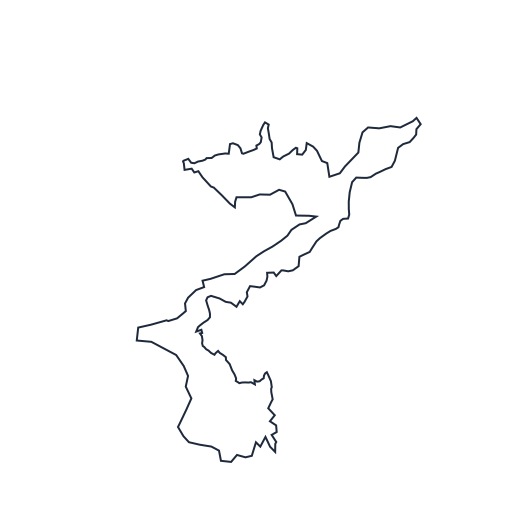 Choli, Paphos, Cyprus (Mercator projection), rotated 298°
{"feature_id": "46923920B7711307897542", "entity_name": "Choli", "entity_type": "district", "adm_level": 2, "iso_a3": "CYP", "parent_name": "Cyprus", "parent_adm1": "Paphos", "projection": "mercator", "projection_center": [32.456, 34.982], "detail": "fine", "context": "isolated", "style": "outline", "palette": "slate", "viewbox_px": 512, "rotation_deg": 298, "n_neighbors": 0, "source": "geoboundaries", "source_scale": "gbopen_adm2", "svg_char_len": 3361}
<svg xmlns="http://www.w3.org/2000/svg" viewBox="0 0 512 512"><g transform="rotate(298 256 256)"><path d="M305.4,147.1L303.9,148.8L298.5,152.5L302.9,158.2L300.8,162.3L303.8,165.3L300.3,171.9L298.6,176.8L296.2,183.5L296.6,186.6L293.5,197.5L290.0,208.3L289.0,214.5L294.1,212.1L298.7,211.2L305.6,224.2L312.1,230.4L316.7,239.6L325.3,245.3L326.6,251.5L318.8,263.9L310.5,272.3L316.4,283.9L319.1,290.7L308.3,284.5L304.3,279.6L295.7,275.0L288.7,274.2L281.2,271.0L272.0,266.1L264.2,261.0L255.9,256.4L241.4,251.0L230.1,245.6L225.0,236.6L214.5,226.6L209.1,220.4L204.2,224.8L197.8,219.1L187.3,215.6L180.8,215.6L174.4,219.9L163.9,215.6L157.4,209.1L157.2,207.2L146.1,195.6L137.5,185.6L125.4,190.4L131.1,203.9L131.1,224.5L131.1,232.0L124.9,243.9L118.2,252.3L107.7,255.3L99.9,265.8L90.9,266.4L88.1,266.6L72.3,267.3L68.4,267.4L62.8,276.6L60.1,284.2L62.8,294.3L63.0,295.0L66.8,306.1L66.8,314.7L58.7,321.2L62.5,330.7L71.4,332.6L73.3,341.2L77.6,346.1L91.5,343.4L89.7,349.3L100.7,349.3L94.2,358.0L92.0,364.9L99.2,361.2L100.8,361.2L101.3,361.2L105.4,353.8L110.3,356.9L115.9,353.3L116.6,345.9L124.2,347.3L127.3,338.3L133.9,338.0L137.3,338.0L143.0,333.4L145.9,331.7L147.6,331.5L152.5,327.9L156.6,322.7L158.5,320.1L156.6,319.2L154.2,319.2L151.6,320.2L149.7,319.0L147.1,318.0L145.6,316.0L145.6,312.9L142.1,315.3L142.2,310.8L140.8,308.9L139.7,306.6L139.2,305.6L137.7,303.0L135.9,301.0L136.1,299.3L136.2,296.8L138.6,295.9L141.4,292.6L143.9,288.5L148.2,283.5L150.1,278.3L152.5,276.9L153.2,273.1L153.4,269.5L154.4,267.1L151.2,265.9L149.3,265.7L149.3,261.8L150.2,258.5L150.3,255.7L151.3,253.2L151.6,251.2L153.6,249.4L156.6,248.3L159.9,245.8L161.3,242.9L162.8,244.6L165.2,242.4L161.2,238.7L165.9,238.2L168.4,239.1L172.6,241.0L176.7,243.3L180.3,244.1L183.5,242.4L186.3,240.0L189.4,236.7L193.4,232.8L196.8,232.6L199.7,235.0L201.4,243.8L201.3,250.8L203.0,255.8L202.0,262.6L208.5,262.9L207.2,267.0L210.2,267.4L216.3,267.5L219.7,264.9L226.6,264.9L228.0,268.5L230.1,274.3L233.9,276.9L239.1,276.9L243.0,275.8L246.4,273.7L249.7,279.4L247.8,283.3L255.2,285.2L256.0,286.6L257.6,291.6L260.6,295.2L267.0,298.4L275.7,294.7L279.3,297.3L284.0,300.9L284.8,301.5L289.4,301.8L297.3,302.5L301.9,304.1L308.8,307.5L313.1,310.0L317.4,313.8L320.1,315.3L322.9,314.6L326.7,314.0L329.7,315.5L332.3,319.7L336.3,318.9L341.0,315.9L347.7,312.3L356.3,308.8L366.3,306.2L372.3,307.7L374.9,313.1L377.0,317.2L379.5,320.2L385.0,323.2L388.3,325.8L393.6,329.7L398.3,333.9L405.3,333.9L418.2,330.7L420.3,331.7L423.9,333.4L428.7,338.2L434.0,339.6L438.4,340.4L443.3,338.1L449.7,339.5L453.3,332.9L448.6,331.2L437.2,323.0L433.8,313.8L426.6,304.9L422.1,294.6L415.2,292.0L404.6,294.1L395.4,297.8L376.8,292.5L368.4,291.2L360.4,283.6L371.5,275.3L370.8,269.6L373.5,265.9L377.5,260.5L379.4,255.1L379.5,247.8L373.0,250.2L367.2,249.2L365.2,244.5L370.5,241.9L370.3,240.4L366.8,238.7L361.9,237.1L356.6,233.3L352.5,231.6L351.5,225.2L358.7,219.5L363.6,216.5L365.7,213.1L369.9,210.0L374.4,206.5L378.0,205.5L378.2,201.2L375.0,200.9L368.7,201.3L365.2,202.3L363.3,205.3L358.7,206.8L356.4,206.3L353.7,204.5L351.3,206.2L348.5,204.1L344.9,200.8L340.4,196.9L340.1,195.4L343.8,191.7L345.4,187.9L344.7,182.7L342.6,180.5L338.1,182.2L333.5,183.9L332.1,180.7L328.0,175.1L325.4,172.5L321.7,170.8L319.2,166.4L317.4,166.0L315.1,164.1L312.1,160.4L309.0,158.1L307.9,155.0L310.0,150.6L306.2,147.4L305.4,147.1Z" fill="none" stroke="#1e293b" stroke-width="2"/></g></svg>